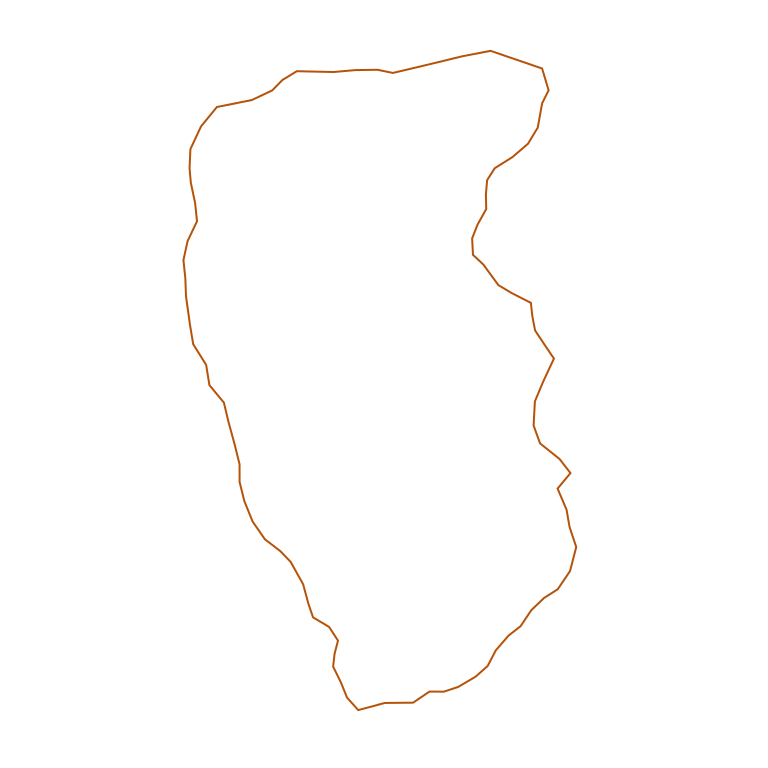 Vista Alegre do Alto, São Paulo, Brazil (Robinson projection), rotated 265°
{"feature_id": "56859067B18331091082642", "entity_name": "Vista Alegre do Alto", "entity_type": "district", "adm_level": 2, "iso_a3": "BRA", "parent_name": "Brazil", "parent_adm1": "São Paulo", "projection": "robinson", "projection_center": [-48.654, -21.177], "detail": "fine", "context": "isolated", "style": "outline", "palette": "amber", "viewbox_px": 768, "rotation_deg": 265, "n_neighbors": 0, "source": "geoboundaries", "source_scale": "gbopen_adm2", "svg_char_len": 1260}
<svg xmlns="http://www.w3.org/2000/svg" viewBox="0 0 768 768"><g transform="rotate(265 384 384)"><path d="M164.4,539.2L181.4,553.0L204.8,561.3L225.3,556.4L242.9,554.9L264.7,547.8L279.0,562.0L293.9,552.4L311.2,534.3L329.6,529.4L353.5,532.8L372.7,542.9L394.5,555.5L408.9,547.5L424.1,539.2L438.2,537.7L452.0,537.4L463.4,519.2L472.5,506.6L494.3,493.4L504.9,483.9L521.4,484.5L534.5,491.0L549.4,501.1L563.7,502.0L578.1,504.5L589.3,513.1L598.9,531.8L610.8,548.4L626.0,559.5L649.9,566.0L662.2,573.6L684.5,569.0L706.6,519.2L703.7,491.0L697.0,446.7L693.1,420.0L697.6,404.9L699.2,382.8L699.2,360.9L703.2,324.4L695.7,309.3L686.2,298.2L678.4,277.0L674.5,241.7L656.6,224.2L634.8,211.6L615.9,209.1L601.3,209.1L580.8,211.6L562.4,211.9L543.5,200.8L524.9,195.0L506.6,195.3L488.7,194.4L459.5,195.9L440.3,197.4L418.5,208.5L398.0,210.0L379.4,222.9L360.2,225.7L336.5,230.0L316.6,233.1L299.0,231.6L279.8,234.6L258.5,241.1L239.7,251.8L226.4,266.3L214.9,275.5L191.5,286.0L171.3,289.6L157.7,293.0L146.8,308.1L132.4,315.8L119.4,311.2L106.9,308.7L90.1,315.2L74.9,319.8L61.4,329.9L66.2,357.0L64.0,385.2L73.6,402.4L72.3,416.9L75.8,431.6L84.5,449.8L94.1,462.7L109.0,472.2L122.6,486.3L130.8,498.9L146.0,511.2L156.9,524.8L164.4,539.2Z" fill="none" stroke="#b45309" stroke-width="2"/></g></svg>